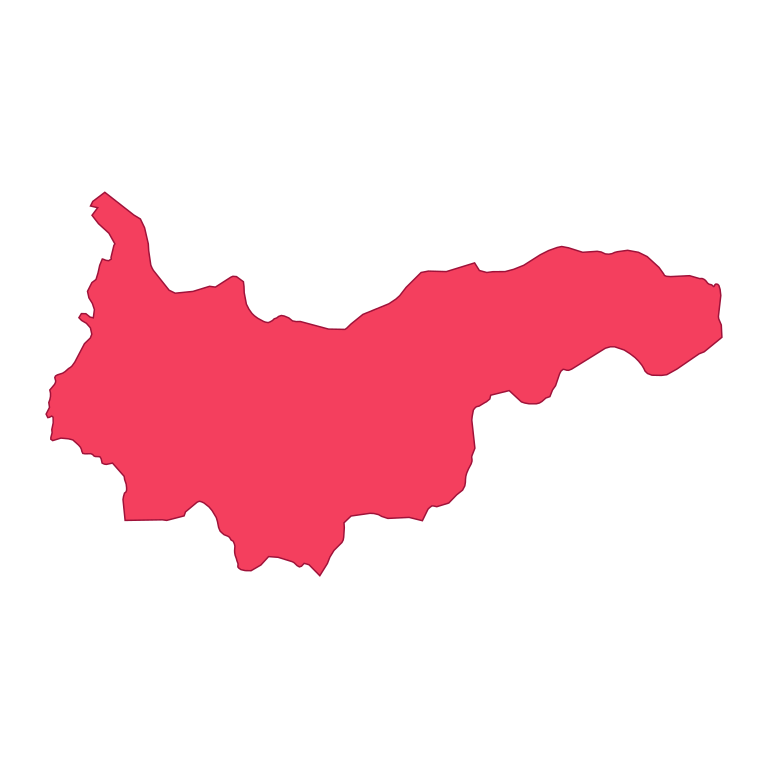 the Department of Yoro
{"feature_id": "HND-643", "entity_name": "Yoro", "entity_type": "Department", "adm_level": 1, "iso_a3": "HND", "parent_name": "Honduras", "parent_adm1": "", "projection": "natural_earth1", "projection_center": [-87.221, 15.309], "detail": "fine", "context": "isolated", "style": "filled", "palette": "rose", "viewbox_px": 768, "rotation_deg": 0, "n_neighbors": 0, "source": "natural_earth", "source_scale": "10m", "svg_char_len": 4011}
<svg xmlns="http://www.w3.org/2000/svg" viewBox="0 0 768 768"><path d="M104.8,192.3L133.8,215.0L140.4,219.0L144.6,227.8L148.3,243.9L148.7,250.7L150.8,265.1L152.0,267.9L153.3,270.3L169.1,290.2L175.2,293.2L193.0,291.4L209.6,286.3L215.4,287.1L230.8,277.2L232.9,276.3L236.5,276.6L243.4,281.7L244.0,286.6L244.2,292.6L246.4,304.2L249.0,309.3L252.0,313.5L254.4,315.8L257.8,318.3L263.7,321.5L265.7,322.2L268.2,322.6L270.2,321.8L272.5,320.5L274.2,318.8L276.6,318.0L278.7,316.4L281.3,315.5L284.2,316.0L288.8,317.9L292.5,320.9L296.2,321.6L300.3,321.5L328.6,329.1L345.0,329.4L346.8,328.1L350.9,324.1L362.9,314.4L388.8,303.8L395.9,299.1L399.7,295.7L406.1,287.4L421.1,272.5L428.3,271.1L446.3,271.6L474.6,262.9L479.4,270.5L486.8,272.5L492.8,271.7L505.1,271.6L513.7,269.3L523.7,265.3L540.2,254.8L548.5,250.6L557.1,247.5L561.7,246.5L568.5,247.8L582.7,252.3L597.2,251.3L601.2,252.0L605.3,253.9L608.8,254.2L612.1,253.6L614.7,252.4L617.5,251.7L627.6,250.3L638.5,252.3L647.2,256.6L659.0,267.4L663.5,273.7L664.5,275.5L666.5,276.3L670.6,276.6L689.6,275.7L699.7,278.6L702.0,278.5L702.9,278.8L704.0,279.3L705.0,280.0L706.1,281.1L707.5,283.0L708.6,283.9L709.7,284.4L711.0,284.6L712.0,285.1L712.8,285.8L713.4,286.5L713.9,286.5L714.4,285.9L715.0,284.6L716.0,284.0L717.7,284.3L718.9,285.5L720.1,289.4L720.8,295.5L718.4,316.5L718.7,318.8L721.3,325.0L721.9,337.3L704.2,351.8L699.1,353.8L677.0,369.0L666.8,374.7L661.5,375.4L652.0,375.2L647.5,373.5L645.1,371.2L643.8,368.4L641.9,365.2L638.6,361.1L635.0,357.5L629.9,353.6L624.2,350.0L614.7,346.8L610.3,346.8L605.4,348.2L571.7,369.1L568.7,370.3L566.6,370.2L564.8,369.6L563.1,369.3L561.0,371.1L559.6,373.8L555.6,385.6L552.5,390.0L549.9,396.6L545.9,398.0L541.9,401.5L539.4,403.0L536.3,403.8L529.1,403.8L524.7,403.0L521.4,401.9L509.2,390.6L490.7,395.2L489.8,399.0L486.4,401.8L485.0,402.5L479.1,406.1L476.4,406.7L474.8,408.1L473.4,410.0L472.2,416.3L471.8,420.1L474.9,448.2L471.8,456.1L471.7,457.5L472.0,459.4L472.0,461.1L471.2,463.8L468.5,468.9L466.7,473.1L465.8,476.4L465.5,479.4L465.4,482.3L464.8,485.9L462.6,490.1L456.7,494.8L448.8,503.0L436.8,506.7L433.7,506.0L431.9,505.9L429.5,507.7L428.0,509.2L422.4,520.7L409.1,517.4L387.8,518.4L381.7,516.4L378.5,514.6L373.9,513.5L370.0,513.3L351.1,516.0L344.0,522.8L344.3,527.6L343.7,537.2L343.2,540.0L341.9,542.5L334.0,550.4L329.9,557.1L327.4,563.5L319.8,575.7L309.1,564.8L306.6,564.0L304.1,563.4L301.5,566.2L299.4,566.9L297.1,565.6L294.1,562.7L292.3,561.7L278.1,557.3L268.6,556.6L260.9,565.0L251.1,570.7L245.2,570.6L240.9,569.6L238.9,568.2L237.9,567.0L237.9,565.9L238.0,564.7L238.0,563.6L236.9,560.7L236.4,558.7L235.2,555.4L234.7,552.8L234.6,550.6L234.9,546.3L234.4,544.0L233.2,541.2L231.1,540.0L229.5,537.3L227.9,536.2L224.1,534.7L222.2,533.1L220.2,531.2L219.4,529.4L218.6,527.4L217.5,521.7L216.3,517.6L212.1,510.6L209.0,506.9L203.9,502.9L201.5,501.8L199.7,501.3L198.4,501.6L197.1,502.2L185.5,511.9L184.1,515.9L166.7,520.4L162.3,519.8L125.1,520.4L123.0,499.5L123.5,496.5L124.5,493.1L126.0,491.9L126.6,490.2L126.6,487.8L126.2,484.2L124.6,479.4L124.2,476.4L112.5,463.1L106.3,464.4L104.3,464.1L102.1,463.1L101.1,458.6L99.8,456.7L95.3,456.5L94.0,456.0L92.6,454.5L90.9,453.7L85.0,453.8L82.8,453.4L81.8,451.2L81.4,449.3L80.4,447.2L78.6,445.1L72.8,439.9L68.5,438.8L60.9,438.1L52.7,440.6L50.8,439.2L50.9,437.3L52.1,432.8L51.8,429.6L53.2,422.9L53.1,417.4L52.7,416.8L51.7,416.1L49.4,417.3L47.8,417.6L46.1,414.1L49.5,407.4L48.8,402.5L49.9,399.5L50.5,396.4L50.5,393.1L49.8,390.0L54.6,384.3L55.6,382.1L55.6,380.5L55.1,378.9L54.8,377.5L55.5,376.0L57.3,374.9L62.6,373.2L65.0,371.7L68.6,368.5L70.4,367.4L72.0,366.0L74.8,362.1L84.5,343.6L90.3,338.0L91.8,334.2L90.4,327.8L86.4,323.3L81.5,320.4L78.9,317.7L81.4,313.6L85.9,313.7L90.1,317.1L93.3,317.8L94.4,309.6L92.4,303.5L88.9,297.8L87.5,291.3L91.9,282.6L96.0,279.5L98.0,273.0L99.7,265.3L102.3,259.0L103.5,259.3L105.9,260.3L108.7,260.7L111.3,259.0L111.0,257.4L113.9,245.4L114.9,243.9L108.9,233.2L98.5,223.7L92.0,215.3L97.7,207.7L90.5,206.0L92.8,201.4L104.8,192.3Z" fill="#f43f5e" stroke="#9f1239" stroke-width="1.5"/></svg>